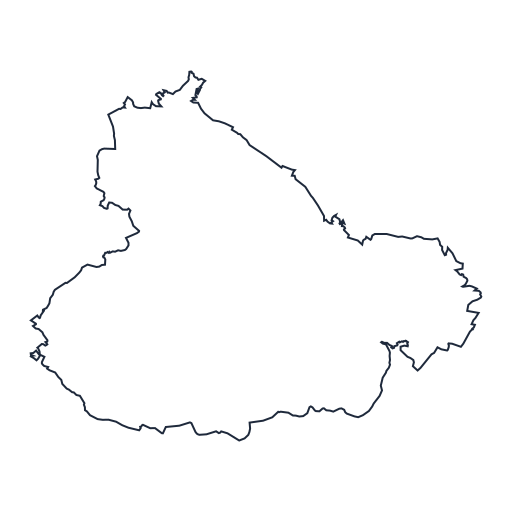 Ghindari, Mures, Romania (Natural Earth projection)
{"feature_id": "2599482B27898691544172", "entity_name": "Ghindari", "entity_type": "district", "adm_level": 2, "iso_a3": "ROU", "parent_name": "Romania", "parent_adm1": "Mures", "projection": "natural_earth1", "projection_center": [24.947, 46.49], "detail": "fine", "context": "isolated", "style": "outline", "palette": "slate", "viewbox_px": 512, "rotation_deg": 0, "n_neighbors": 0, "source": "geoboundaries", "source_scale": "gbopen_adm2", "svg_char_len": 5976}
<svg xmlns="http://www.w3.org/2000/svg" viewBox="0 0 512 512"><path d="M263.1,420.7L272.3,417.3L278.2,411.8L279.0,412.2L280.7,411.7L288.4,412.7L292.9,415.5L295.8,415.6L299.3,416.5L303.2,416.1L307.3,413.2L309.5,407.2L310.8,406.4L312.5,407.4L314.9,410.5L315.9,411.1L319.4,411.3L322.6,408.5L323.9,408.3L326.3,410.3L329.9,410.6L333.3,411.6L339.3,408.7L341.5,408.4L344.2,409.8L345.2,412.2L346.8,413.6L354.5,416.4L358.2,417.2L362.9,415.2L368.9,411.0L372.2,406.5L373.7,403.5L379.6,395.9L382.0,390.4L380.8,385.6L382.7,377.7L385.9,372.7L386.4,370.9L388.8,367.8L390.0,364.7L389.4,362.8L390.0,360.0L389.6,356.0L389.9,352.7L389.5,351.1L386.0,344.4L382.8,343.6L381.2,342.3L381.9,341.8L384.3,342.9L387.1,342.9L389.5,345.0L391.9,346.0L392.1,346.4L391.3,347.4L392.6,348.4L394.1,347.8L394.3,346.2L397.2,345.4L397.6,344.6L396.9,343.2L399.2,341.7L399.7,342.4L402.0,341.3L403.0,341.9L403.8,341.1L404.7,341.2L405.5,340.7L406.4,341.0L406.6,341.7L407.6,341.9L408.0,342.2L407.2,343.8L407.9,345.2L407.7,346.3L404.4,345.6L400.6,346.7L400.6,350.2L407.5,356.8L410.4,358.0L413.3,360.0L413.9,362.3L412.9,366.2L417.6,370.5L420.5,367.9L431.5,354.3L434.1,352.9L437.5,347.3L441.3,349.3L447.1,350.5L447.8,349.8L448.7,347.2L448.9,345.7L448.3,343.9L448.6,343.4L452.1,343.7L460.9,346.8L463.3,343.7L469.9,331.7L471.8,329.7L472.7,329.4L472.3,328.7L473.8,327.5L474.9,324.8L471.6,324.2L473.4,320.2L475.4,318.0L478.6,312.9L467.2,310.9L468.3,304.9L472.5,301.3L477.3,299.7L480.8,297.6L481.3,296.6L480.1,294.3L480.8,293.3L480.6,292.4L478.8,290.8L474.6,290.5L476.8,288.6L471.9,286.4L469.4,285.8L463.0,286.8L462.3,286.5L464.6,285.2L465.8,283.8L467.4,280.7L467.1,279.2L466.2,278.1L463.6,276.7L463.2,274.6L461.9,274.1L461.2,275.1L459.6,274.4L457.3,271.5L455.5,270.1L462.5,268.6L462.8,263.6L460.4,263.2L456.3,261.1L452.5,253.3L447.8,247.8L447.6,249.9L446.0,253.1L446.1,254.7L444.8,255.2L442.1,250.0L442.2,246.8L440.1,244.9L439.6,241.9L437.6,238.4L432.3,239.4L423.9,238.8L421.4,237.3L417.0,236.2L412.3,238.4L410.6,238.5L402.2,236.5L398.2,236.9L386.7,234.0L374.8,234.0L372.3,235.5L371.2,239.1L370.5,239.8L366.3,236.8L365.6,238.8L363.6,239.9L363.0,240.8L362.2,244.6L357.8,240.5L347.9,237.5L348.9,235.0L344.0,230.1L343.9,229.4L345.1,228.4L344.8,227.5L343.4,226.2L341.9,226.1L342.2,222.8L344.4,223.6L343.0,220.2L341.3,222.3L340.8,223.8L339.9,224.1L339.5,223.4L340.2,222.4L339.4,219.2L335.2,216.6L336.0,214.9L334.0,216.0L332.4,217.7L331.6,220.3L333.0,221.2L331.3,222.5L332.0,223.6L330.0,223.4L327.5,221.6L326.2,219.8L324.1,220.7L324.0,216.0L317.9,205.4L312.8,197.8L311.0,195.8L305.3,186.8L295.6,179.2L294.7,175.8L291.9,175.7L293.3,172.0L294.9,170.1L291.8,169.6L282.5,166.0L281.5,167.7L266.5,156.3L249.6,145.1L246.6,140.1L242.9,137.3L240.3,134.2L238.2,134.0L237.2,132.9L231.8,129.7L233.0,127.2L224.8,123.3L218.9,121.3L213.0,120.3L204.5,113.3L201.0,108.7L198.1,102.8L193.3,102.5L191.1,101.0L193.1,99.8L194.8,99.8L192.9,97.9L196.7,97.3L196.6,96.4L195.4,95.1L196.6,89.0L198.0,88.6L197.4,91.6L198.0,91.9L197.6,93.6L197.9,93.9L200.0,89.8L199.9,89.1L201.2,87.4L200.1,86.7L202.0,84.8L203.1,82.7L205.2,80.9L201.7,78.8L198.4,79.8L197.0,77.7L195.5,77.5L194.1,76.3L193.5,73.7L191.6,72.8L191.7,71.8L191.2,71.5L189.4,71.8L189.2,74.9L188.5,77.3L188.8,79.3L188.1,80.9L182.9,85.8L179.8,89.9L175.5,91.5L172.9,94.1L168.8,92.5L167.8,92.7L166.6,90.9L163.5,90.2L164.7,92.4L162.4,93.7L163.5,95.7L163.1,96.1L161.9,95.1L160.5,92.7L159.1,92.9L159.0,92.4L156.3,94.0L156.0,94.8L160.9,98.9L160.8,99.4L158.4,100.1L158.1,100.7L158.8,103.6L161.3,106.4L156.0,106.2L152.9,104.1L151.7,102.2L150.2,108.2L144.8,107.6L140.9,108.1L137.4,107.7L134.2,106.3L133.1,103.8L133.1,102.5L131.9,100.3L127.7,97.1L125.1,102.0L123.8,103.0L125.0,104.4L124.1,106.1L125.0,107.6L122.7,107.4L120.5,109.0L119.1,108.8L108.3,114.6L113.0,126.6L114.1,133.6L113.9,135.9L114.9,140.1L115.2,149.0L104.3,148.6L102.1,149.1L99.5,150.6L97.0,156.2L97.8,159.9L97.5,171.7L98.2,175.2L99.3,177.9L98.4,178.7L95.2,179.5L96.1,181.3L96.3,183.0L95.8,184.8L94.9,186.1L96.7,188.4L103.5,191.9L104.4,193.2L103.8,195.6L103.8,196.4L104.6,197.3L104.4,198.7L103.6,200.2L100.8,201.7L100.6,204.0L99.9,205.2L102.4,206.1L104.0,207.9L106.8,208.8L107.6,208.4L107.7,205.7L109.2,202.5L112.1,202.8L115.3,205.0L118.5,205.9L122.7,209.6L127.2,209.7L128.5,208.6L130.4,210.5L129.0,213.9L129.4,216.7L131.8,221.3L133.3,225.8L139.1,230.9L139.0,231.6L137.0,233.1L126.0,237.9L128.5,242.8L128.5,245.4L126.2,249.0L124.9,250.0L120.9,250.9L118.1,250.3L115.1,251.7L112.7,251.4L110.1,252.7L109.3,251.8L108.7,252.8L107.5,252.0L106.6,252.8L105.2,252.8L104.2,255.2L103.3,255.6L103.0,256.6L103.4,257.4L104.3,257.5L105.3,259.5L105.0,264.7L101.8,265.0L99.3,266.6L96.5,267.0L87.5,264.6L82.0,267.6L81.1,270.3L79.3,272.6L74.7,277.3L66.9,283.0L65.5,282.8L54.9,289.8L53.7,291.7L52.8,294.8L50.2,298.2L49.4,303.3L48.2,305.5L46.6,308.0L43.0,309.7L42.9,310.5L44.0,310.4L43.9,310.8L40.7,315.3L40.0,317.8L39.6,318.1L38.7,317.5L37.3,315.5L30.9,320.4L35.9,323.7L35.9,324.3L33.0,326.0L35.7,328.5L38.6,329.0L42.4,332.3L43.5,334.9L47.4,340.2L47.4,341.1L47.2,341.6L45.5,342.1L47.3,344.3L46.5,345.0L45.3,345.6L43.3,344.2L41.8,344.0L37.4,347.7L38.1,348.3L39.5,351.4L39.8,354.0L38.9,354.3L36.1,350.6L33.3,353.0L30.7,353.3L30.9,354.8L32.8,355.6L31.1,355.8L30.8,356.4L33.8,358.1L36.5,360.3L38.1,358.7L40.4,354.9L44.4,356.8L41.9,362.1L41.9,363.5L42.7,364.6L44.2,366.0L48.1,367.0L47.1,368.6L49.6,370.3L55.2,372.5L58.3,377.0L61.3,379.9L62.3,383.9L66.7,388.6L68.9,389.6L72.1,392.2L73.8,392.4L76.4,395.0L79.9,395.8L84.4,403.2L83.9,404.7L84.9,407.2L85.0,410.2L86.9,411.4L90.0,415.2L97.6,419.1L102.6,419.8L108.5,419.7L116.1,421.7L122.2,425.2L128.4,427.7L139.2,430.3L140.6,428.3L140.2,426.8L141.2,426.6L142.1,425.2L142.9,424.8L150.2,428.2L155.0,428.1L161.8,433.2L162.9,433.3L165.8,427.0L179.3,425.7L189.9,422.4L191.4,423.1L195.5,432.0L196.9,433.7L198.1,434.4L199.4,434.8L206.5,434.3L216.1,431.3L218.8,433.1L220.2,432.6L221.2,431.4L227.5,433.3L239.2,440.5L244.6,438.4L248.3,434.9L249.4,432.0L250.1,428.6L249.6,422.6L263.1,420.7Z" fill="none" stroke="#1e293b" stroke-width="2"/></svg>